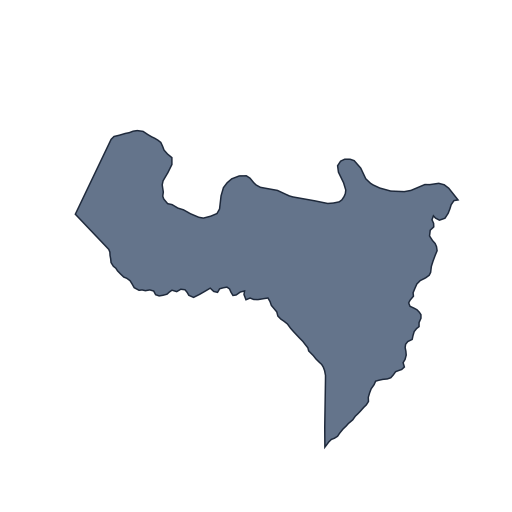 outline of Cachoeira Dourada, Goiás, Brazil, rotated 205°
{"feature_id": "56859067B56654290840077", "entity_name": "Cachoeira Dourada", "entity_type": "district", "adm_level": 2, "iso_a3": "BRA", "parent_name": "Brazil", "parent_adm1": "Goiás", "projection": "orthographic", "projection_center": [-49.637, -18.482], "detail": "fine", "context": "isolated", "style": "filled", "palette": "slate", "viewbox_px": 512, "rotation_deg": 205, "n_neighbors": 0, "source": "geoboundaries", "source_scale": "gbopen_adm2", "svg_char_len": 2981}
<svg xmlns="http://www.w3.org/2000/svg" viewBox="0 0 512 512"><g transform="rotate(205 256 256)"><path d="M373.8,309.6L379.3,311.0L384.1,313.1L387.2,316.1L390.3,318.7L393.8,319.5L397.6,319.9L400.8,319.9L405.1,320.3L411.0,321.2L416.6,319.5L420.1,317.2L423.0,314.2L426.3,311.8L430.9,307.7L435.2,304.3L436.6,300.5L437.4,217.5L392.3,199.8L390.1,197.8L388.5,194.8L386.5,192.0L384.6,188.8L380.9,186.4L377.9,185.7L375.2,184.0L371.0,182.4L366.9,181.0L363.8,181.2L359.7,180.4L356.2,178.1L353.0,175.8L347.5,175.5L344.9,177.1L341.6,177.8L337.9,180.4L333.9,181.0L330.6,178.5L326.9,178.9L323.7,181.1L320.5,183.8L319.3,186.7L317.7,189.5L312.8,190.2L310.1,194.1L306.1,195.4L303.0,193.9L300.3,192.0L295.1,192.1L290.9,197.4L287.4,202.4L283.9,207.5L279.3,206.0L275.5,206.8L275.1,210.9L272.2,213.4L269.2,215.5L266.1,215.0L263.5,212.7L260.2,210.5L257.5,212.3L255.0,216.7L251.6,219.5L250.6,216.0L246.6,212.1L243.6,215.4L239.8,215.6L235.8,217.3L231.3,220.4L227.4,223.0L224.0,220.6L221.2,217.7L217.1,215.8L213.5,214.1L210.8,210.8L206.8,209.3L203.5,208.8L198.8,207.7L194.1,205.1L189.5,203.1L185.5,201.5L182.0,200.1L177.4,198.4L174.0,196.6L170.2,194.7L168.1,192.2L165.1,191.1L162.1,190.0L158.1,188.0L153.9,186.5L150.7,185.5L148.0,183.7L145.3,181.0L142.5,177.1L140.5,172.7L121.3,129.8L112.8,111.9L111.4,118.4L110.2,121.6L107.9,124.0L105.9,127.1L105.3,130.9L104.0,136.0L102.4,140.1L101.5,143.2L99.1,148.4L98.3,152.8L97.0,156.1L95.8,159.6L94.4,164.3L93.1,167.7L92.6,171.7L94.5,175.4L95.2,180.0L95.5,184.4L94.6,189.3L94.7,193.1L92.3,195.2L88.9,197.8L85.0,200.1L82.4,202.6L81.3,206.3L80.6,210.1L78.1,212.7L76.0,214.7L74.6,218.1L77.6,221.5L77.2,225.3L78.0,229.7L79.9,233.0L82.1,236.0L83.1,239.2L82.3,242.6L79.2,246.4L80.1,250.3L80.7,254.4L79.8,258.1L78.4,260.9L80.1,264.6L80.2,269.3L81.7,272.5L84.3,274.1L87.4,275.3L90.5,275.5L95.2,275.5L97.8,278.0L97.7,281.0L96.3,286.1L98.1,289.1L98.3,293.8L98.4,298.6L96.8,303.1L93.0,307.9L90.9,311.7L90.8,314.9L92.7,320.8L93.4,326.2L93.9,332.4L94.1,337.3L96.3,340.7L98.9,343.0L102.6,344.6L107.2,347.5L109.0,353.0L107.2,357.5L108.8,360.6L111.8,363.2L112.2,367.4L109.3,366.2L104.9,366.0L100.7,370.1L99.9,375.9L100.2,380.7L100.8,385.0L100.0,389.9L96.6,392.2L110.0,398.9L115.5,400.1L121.1,399.1L128.7,394.1L133.2,392.1L143.3,380.9L148.8,377.0L161.3,371.8L172.6,369.9L179.9,369.9L183.0,370.3L189.2,372.4L198.2,379.9L207.3,383.9L211.5,383.5L216.5,381.2L219.4,377.7L220.2,372.3L216.7,366.8L207.6,359.4L202.5,353.7L201.4,350.3L201.3,347.0L201.9,343.1L203.5,340.2L208.4,336.6L213.2,333.9L226.2,330.8L247.6,325.1L251.5,324.5L259.5,324.5L264.3,324.5L277.2,321.1L281.1,320.1L285.9,320.4L289.1,321.5L294.3,324.0L298.6,324.6L305.0,321.5L310.6,315.7L313.1,310.2L314.4,304.2L313.1,295.8L308.9,283.2L309.3,278.0L313.8,273.0L319.7,268.1L324.3,266.9L333.4,266.6L341.2,267.2L347.1,266.4L353.8,267.1L358.2,266.1L363.6,268.6L365.8,270.8L367.0,274.7L369.2,278.0L371.1,280.9L372.0,284.9L371.6,289.2L371.1,294.3L370.9,303.4L373.8,309.6Z" fill="#64748b" stroke="#1e293b" stroke-width="1.5"/></g></svg>